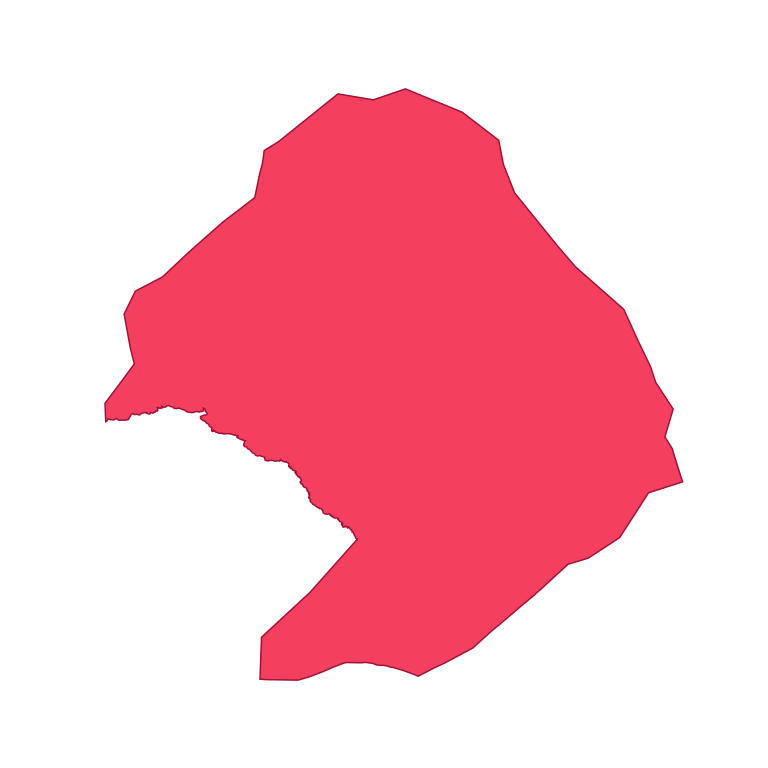 the district of Dashbalbar, Dornod, Mongolia, rotated 170°
{"feature_id": "93677404B44284139751504", "entity_name": "Dashbalbar", "entity_type": "district", "adm_level": 2, "iso_a3": "MNG", "parent_name": "Mongolia", "parent_adm1": "Dornod", "projection": "natural_earth1", "projection_center": [114.612, 49.67], "detail": "fine", "context": "isolated", "style": "filled", "palette": "rose", "viewbox_px": 768, "rotation_deg": 170, "n_neighbors": 0, "source": "geoboundaries", "source_scale": "gbopen_adm2", "svg_char_len": 6142}
<svg xmlns="http://www.w3.org/2000/svg" viewBox="0 0 768 768"><g transform="rotate(170 384 384)"><path d="M311.7,670.9L345.3,665.7L379.0,677.7L445.8,641.0L461.4,634.8L465.5,622.1L469.8,613.0L478.9,590.0L514.7,571.4L553.4,547.7L583.6,527.9L612.7,518.7L627.8,498.0L627.6,464.5L626.4,447.2L640.8,433.4L662.1,413.5L664.4,396.9L664.4,395.2L663.2,395.8L662.0,397.3L660.7,397.1L659.8,396.5L659.1,396.2L656.2,395.6L655.7,395.7L653.9,396.6L653.6,396.4L652.9,395.7L651.2,394.4L650.4,394.1L646.7,393.7L644.5,393.2L643.4,393.7L642.5,393.2L642.1,393.3L641.5,393.8L641.3,394.5L640.1,395.5L638.6,397.5L638.1,397.9L636.9,398.4L636.3,398.3L635.5,397.4L634.5,397.1L632.4,397.1L631.5,396.5L630.5,396.0L629.8,396.1L627.9,397.1L626.8,397.3L623.5,397.4L623.2,397.3L623.3,396.7L623.0,396.5L622.2,396.2L621.6,395.6L621.2,395.4L620.1,395.1L619.3,395.5L618.6,396.5L617.6,396.1L617.1,395.6L616.4,395.5L615.9,395.9L614.9,395.8L614.6,395.9L613.2,396.9L611.9,396.7L611.4,397.2L611.4,397.4L611.7,397.7L611.6,398.0L611.0,398.7L610.9,398.9L611.0,399.3L611.4,399.9L611.4,400.1L611.1,400.3L610.4,400.2L609.9,399.4L609.4,399.2L608.5,399.4L608.2,399.0L607.8,398.9L606.6,398.8L606.3,399.1L606.3,399.5L606.8,400.4L606.7,400.8L606.4,400.6L605.5,399.5L604.2,399.4L603.6,399.2L603.1,399.3L601.7,400.1L600.6,400.2L599.8,400.1L598.2,398.9L596.3,398.2L595.8,397.8L595.5,397.0L594.9,396.6L592.3,395.7L591.3,396.1L589.9,395.7L587.6,394.6L587.2,394.1L584.8,392.7L584.2,392.3L583.6,391.3L583.4,391.1L582.3,390.8L582.1,390.5L580.8,390.0L578.2,389.2L576.5,389.1L575.6,389.4L574.6,389.3L573.4,389.6L572.8,389.4L572.0,388.8L571.2,388.7L570.8,388.5L569.2,388.7L568.1,388.5L567.2,388.6L566.7,389.0L566.2,389.8L566.0,391.0L566.2,392.4L565.8,391.4L565.4,390.9L565.0,390.7L564.4,389.5L564.4,389.2L564.8,388.5L564.7,388.0L564.2,387.6L563.5,386.2L563.4,385.5L563.5,385.2L563.9,384.8L565.2,384.4L566.7,384.7L567.1,384.6L568.1,384.1L569.5,384.1L570.3,383.7L570.7,382.9L570.4,381.6L569.9,380.8L568.7,379.6L567.7,379.1L566.1,377.4L565.6,376.3L564.1,375.2L563.7,374.6L563.5,374.2L563.6,373.4L563.0,372.5L561.9,371.4L561.3,371.0L561.0,370.6L561.8,368.8L561.9,367.8L561.6,367.4L561.3,367.1L560.8,367.0L560.4,367.2L560.4,368.0L560.2,368.2L559.9,368.0L559.9,367.3L559.5,367.1L558.8,367.2L558.4,367.0L558.3,366.0L557.1,365.5L555.3,364.2L554.5,364.0L552.3,363.7L551.0,362.7L550.2,362.6L546.0,362.1L544.2,361.7L540.6,359.8L538.0,359.0L537.2,358.5L536.9,358.1L537.1,357.8L537.8,357.7L538.1,357.5L538.1,357.1L537.8,356.7L536.4,355.7L534.4,354.0L533.4,353.7L532.7,353.9L532.4,353.7L532.5,352.9L532.2,352.6L530.5,352.3L531.3,351.6L531.7,350.2L532.2,349.8L532.5,349.1L532.8,348.2L532.7,347.6L531.9,346.4L530.2,345.9L529.8,344.4L528.8,343.4L527.3,342.5L527.1,342.0L527.1,341.6L527.0,341.4L526.1,340.4L525.7,339.5L525.4,339.0L524.2,338.4L523.2,337.3L523.0,336.4L522.7,336.0L521.9,335.5L520.3,334.9L519.1,335.2L518.3,335.0L517.8,334.4L514.7,332.8L514.3,332.5L514.4,330.8L514.2,329.6L513.7,329.2L512.4,328.6L511.1,328.3L510.5,328.3L510.3,328.7L509.7,328.7L507.9,328.3L507.5,328.4L507.2,328.3L506.0,327.5L504.0,326.8L501.7,326.8L500.9,326.6L500.0,326.1L499.7,326.4L499.1,327.5L498.7,327.5L498.1,326.9L497.9,326.7L497.9,326.2L496.9,325.2L496.3,325.1L495.4,324.5L493.8,324.6L493.9,324.0L492.3,323.2L492.2,322.8L491.4,322.0L491.4,321.7L491.9,320.5L492.2,319.2L491.9,318.9L491.3,318.8L491.1,318.5L490.2,318.2L490.9,317.6L490.8,317.0L490.0,316.9L489.6,316.4L488.9,316.2L488.9,315.1L488.1,314.5L487.8,314.4L487.1,314.0L486.2,313.8L485.9,313.5L485.6,313.1L485.8,312.8L486.2,312.8L486.6,312.5L487.0,312.2L486.9,311.7L486.1,311.4L485.8,311.2L486.2,310.3L485.9,309.7L485.2,309.0L484.6,307.4L484.3,307.3L483.6,307.3L483.2,307.2L483.3,306.4L482.4,305.1L482.3,304.3L482.0,303.6L482.5,302.9L483.5,302.3L483.6,301.9L483.3,301.7L482.8,301.6L482.7,301.4L483.2,300.4L483.1,300.1L482.1,299.5L481.4,298.6L481.5,297.9L481.3,297.1L480.6,296.4L480.2,296.2L479.7,295.7L479.2,295.5L478.6,295.0L478.3,294.5L478.3,293.9L477.9,293.4L478.3,292.5L478.2,292.1L477.9,291.8L477.6,291.2L477.2,290.6L477.1,290.2L476.4,290.0L476.3,289.7L476.9,289.6L477.4,289.1L477.4,288.7L476.6,288.2L477.0,287.4L476.6,287.0L477.4,286.1L477.5,285.5L478.0,285.0L477.9,284.7L477.2,284.5L477.1,284.2L477.1,283.6L476.5,282.9L476.9,282.1L477.1,281.3L475.5,279.1L475.2,278.5L474.8,277.8L473.8,277.2L472.8,276.0L472.1,275.2L471.5,274.9L471.2,274.3L470.7,273.8L469.4,273.4L469.1,272.4L468.7,272.3L467.9,272.4L467.6,272.3L467.4,272.0L466.9,271.0L466.6,270.9L466.7,270.2L466.5,269.8L466.2,269.6L466.3,268.7L466.1,268.4L466.2,267.9L466.0,267.5L465.0,266.4L464.0,266.2L463.1,265.8L460.6,265.5L459.9,265.3L459.6,265.0L459.7,264.1L458.8,263.7L458.9,263.0L458.9,262.7L458.2,262.5L457.4,262.8L457.3,262.7L457.5,262.1L457.4,261.8L456.4,261.0L455.4,260.4L454.1,260.4L452.4,259.6L452.8,259.4L453.0,258.7L452.0,257.5L451.7,256.5L451.4,256.2L450.7,256.0L449.5,254.8L449.8,254.2L449.7,253.9L448.9,253.9L448.9,253.4L449.0,253.3L449.4,253.6L450.0,253.6L450.3,253.3L450.0,252.9L449.8,251.7L449.3,251.3L449.5,250.6L449.3,250.3L448.2,250.0L447.8,250.2L447.7,250.5L447.2,250.5L446.8,250.8L446.6,250.6L446.4,250.0L445.1,249.7L444.7,249.8L444.4,249.7L445.0,249.0L445.0,248.7L444.6,248.5L444.3,248.6L443.8,249.2L443.5,249.3L443.4,249.1L443.4,248.6L442.8,248.0L442.5,247.0L441.8,246.7L441.6,246.4L441.8,245.8L441.6,245.6L441.1,245.5L441.0,245.2L441.1,243.6L440.1,243.2L440.0,242.8L439.9,242.0L439.4,241.4L439.5,240.8L439.3,239.7L438.7,239.0L438.7,238.7L438.7,237.3L438.4,237.0L437.3,236.3L437.1,235.9L493.0,191.7L548.6,155.9L557.4,114.8L555.9,114.6L553.5,113.8L548.1,112.7L520.2,107.3L508.8,108.5L494.2,111.3L483.4,113.9L473.3,115.9L472.1,116.1L469.5,116.2L468.3,116.0L455.4,113.5L450.4,113.0L443.5,110.8L440.3,108.7L434.9,107.2L433.3,107.1L428.6,105.2L427.4,104.2L424.7,103.5L414.4,98.3L404.3,92.4L401.2,90.3L382.8,96.0L373.6,98.4L342.6,108.5L320.2,122.5L307.3,129.8L288.9,140.7L275.3,148.5L264.3,155.2L234.2,174.5L212.9,177.1L178.6,191.8L142.4,230.9L106.9,235.8L108.9,250.0L111.5,270.8L116.6,283.1L103.6,309.1L116.1,338.3L118.6,355.1L126.2,382.1L134.9,415.9L175.2,466.3L189.1,489.8L222.2,549.5L228.3,579.7L228.7,604.1L259.7,638.0L311.7,670.9Z" fill="#f43f5e" stroke="#9f1239" stroke-width="1.5"/></g></svg>